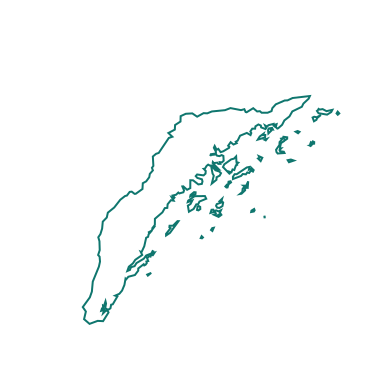 map outline of Tanintharyi (orthographic projection), rotated 231°
{"feature_id": "MMR-3279", "entity_name": "Tanintharyi", "entity_type": "Division", "adm_level": 1, "iso_a3": "MMR", "parent_name": "Myanmar", "parent_adm1": "", "projection": "orthographic", "projection_center": [98.437, 12.445], "detail": "fine", "context": "isolated", "style": "outline", "palette": "teal", "viewbox_px": 384, "rotation_deg": 231, "n_neighbors": 0, "source": "natural_earth", "source_scale": "10m", "svg_char_len": 6143}
<svg xmlns="http://www.w3.org/2000/svg" viewBox="0 0 384 384"><g transform="rotate(231 192 192)"><path d="M171.3,34.7L174.4,46.3L177.6,51.5L184.8,58.5L192.6,72.7L195.8,76.7L199.9,79.5L202.1,79.4L204.9,83.7L212.0,89.1L215.8,90.7L216.9,94.3L220.1,99.1L225.1,104.0L225.8,109.7L228.9,113.6L228.9,121.8L231.1,131.4L231.0,137.4L230.2,139.2L231.3,143.6L230.2,145.4L226.7,146.2L226.0,147.2L225.5,155.4L229.8,159.3L229.1,163.1L230.4,168.1L232.6,170.6L233.4,175.2L236.0,176.1L236.6,178.4L244.2,183.9L244.3,188.1L243.3,190.7L248.6,208.0L247.3,211.5L252.7,210.8L251.3,217.9L254.7,221.0L254.0,227.4L258.1,230.9L256.7,236.4L252.9,241.7L247.3,243.4L246.0,250.6L243.5,253.4L242.1,258.1L234.8,269.2L233.0,274.7L224.8,281.6L223.4,284.8L220.4,284.0L219.6,284.6L218.6,292.3L213.6,293.3L212.1,295.6L209.8,296.0L206.0,300.7L204.8,304.7L206.6,307.2L207.4,312.3L204.8,321.6L203.1,323.9L201.7,329.4L192.4,344.0L191.1,341.4L190.6,334.2L189.1,331.0L191.5,320.7L189.4,315.3L189.5,308.8L187.5,304.3L187.3,299.0L187.6,298.2L189.7,298.0L191.5,300.4L192.1,298.8L191.0,297.5L192.4,297.2L193.6,298.3L195.8,293.5L195.6,291.5L197.7,290.7L195.0,290.0L194.7,288.7L198.7,286.4L200.3,287.3L202.7,286.1L203.1,282.6L201.5,280.9L203.3,278.7L202.3,275.4L200.5,275.2L199.4,273.3L203.4,271.8L205.5,264.8L203.2,259.8L203.5,257.6L201.8,257.5L202.8,254.1L206.4,253.4L205.2,249.2L203.6,249.5L203.0,248.6L204.0,241.8L205.0,239.3L209.0,239.6L209.3,237.7L213.5,238.6L212.6,236.8L208.2,235.9L206.9,234.8L209.5,230.4L208.4,228.8L208.9,229.9L206.0,234.4L204.5,234.3L202.6,235.9L202.0,238.3L200.3,239.1L196.4,236.3L196.2,233.9L197.7,232.4L196.0,231.8L197.3,230.1L198.9,230.1L200.7,227.2L202.2,227.1L201.5,226.3L192.7,227.1L194.5,225.4L199.7,224.6L201.3,222.5L203.1,221.8L203.1,219.8L202.0,216.7L202.6,215.7L199.7,215.9L197.8,214.1L197.6,211.5L202.4,207.0L202.0,204.9L199.6,205.0L195.6,207.7L193.6,206.8L192.1,204.7L193.9,201.7L200.4,200.2L202.2,198.1L196.1,193.1L196.8,189.6L201.9,188.8L202.4,188.0L198.2,186.8L197.2,185.1L198.9,181.2L200.2,181.0L199.9,177.9L201.4,174.8L198.7,174.9L198.5,173.8L200.5,172.9L196.8,172.3L198.9,170.4L197.8,165.3L195.2,162.8L196.6,160.7L194.8,156.2L194.5,146.3L189.8,142.4L189.1,139.4L188.5,140.3L187.4,135.9L188.1,132.3L186.9,134.4L186.4,131.6L184.8,129.7L185.3,127.6L179.9,120.8L177.0,114.9L177.8,114.5L174.4,113.7L175.0,105.2L173.7,101.1L173.7,95.9L171.3,92.0L170.5,94.8L171.7,96.5L171.6,98.2L170.5,100.7L171.7,104.1L170.5,112.6L171.5,116.5L169.8,121.7L170.9,124.2L170.0,124.6L168.8,123.4L168.4,124.6L167.5,121.8L168.8,120.4L167.9,119.1L169.2,118.1L168.8,116.2L169.8,115.8L165.9,114.5L166.7,112.8L165.2,112.1L164.7,110.2L165.0,108.7L166.3,109.0L166.4,102.1L164.7,100.7L163.4,95.4L166.2,89.2L165.5,85.7L166.4,85.7L162.3,81.0L159.4,75.6L158.6,71.5L159.8,67.1L157.8,68.3L154.6,59.8L155.3,58.2L153.0,55.5L153.0,53.7L154.1,52.2L156.4,51.5L159.4,55.0L161.5,56.0L158.8,51.8L159.8,51.4L157.7,49.9L158.2,48.8L156.8,46.7L155.7,49.5L153.7,46.7L154.0,50.4L152.4,51.7L150.9,51.3L147.6,41.6L151.2,37.6L154.0,29.4L161.1,28.1L165.9,34.3L171.3,34.7ZM187.7,183.6L187.1,191.4L180.7,199.5L177.8,198.8L179.9,191.8L178.6,189.0L179.7,187.6L177.8,182.6L178.6,177.2L184.0,180.2L183.6,183.3L185.2,186.9L186.8,182.3L187.7,183.6ZM191.9,231.8L193.2,234.6L192.7,243.0L191.5,245.6L191.9,248.7L187.3,245.4L185.7,246.4L185.6,244.1L184.7,244.1L184.8,242.4L182.5,238.7L184.0,237.7L182.5,235.0L184.5,233.7L181.9,232.7L191.9,231.8ZM176.3,232.0L178.1,233.4L179.0,236.3L177.7,237.9L176.6,250.0L175.3,252.5L173.6,250.4L173.2,252.2L171.7,252.6L172.8,253.4L170.2,253.7L169.5,252.2L171.6,251.3L170.8,248.4L172.4,247.2L171.8,245.0L174.0,242.8L173.6,240.3L176.3,232.0ZM193.4,219.6L199.4,222.8L199.3,223.7L194.1,223.9L190.7,226.1L188.4,226.4L187.3,223.8L188.0,220.4L186.1,218.7L186.1,212.7L191.0,219.2L193.4,219.6ZM175.7,291.5L176.2,294.8L177.4,294.9L176.6,296.5L177.4,297.8L174.6,300.4L173.5,299.5L173.6,297.5L174.9,297.1L173.6,295.8L174.0,291.9L171.5,288.8L170.3,287.7L169.8,288.6L169.5,286.4L168.3,286.1L165.5,288.7L164.1,288.4L168.0,282.8L169.9,282.8L171.9,283.9L173.5,289.5L175.7,291.5ZM177.3,340.2L176.0,340.3L176.9,342.7L175.7,343.1L174.2,345.7L170.2,347.4L167.5,352.8L166.5,350.5L167.1,345.7L173.6,339.9L177.3,340.2ZM163.5,197.1L162.5,199.2L160.2,200.5L159.6,203.0L158.5,200.7L156.3,200.5L157.8,198.3L157.5,197.5L155.8,198.7L155.9,197.0L160.6,194.7L159.9,196.9L162.1,197.5L164.1,193.2L165.9,196.0L164.9,197.4L163.5,197.1ZM177.4,152.6L178.8,152.2L179.9,153.3L177.8,156.0L178.5,162.4L177.8,163.2L174.1,149.2L174.5,144.5L175.8,145.5L177.4,152.6ZM165.4,208.1L167.5,207.4L167.8,211.1L166.6,209.4L164.2,209.6L161.9,206.8L162.3,203.4L163.9,201.7L166.1,202.0L167.0,203.6L165.4,208.1ZM162.8,238.1L164.9,242.4L160.2,237.9L161.2,237.1L160.9,234.7L159.9,234.3L159.5,229.4L160.3,228.0L160.3,231.0L162.7,233.5L163.0,236.4L164.5,236.0L162.8,238.1ZM191.5,283.0L190.2,284.8L188.4,283.1L191.3,276.1L192.5,279.5L192.3,284.3L191.5,283.0ZM170.7,335.7L169.8,334.1L170.2,331.3L174.0,332.6L173.6,334.3L171.6,335.9L170.7,340.6L170.7,335.7ZM189.4,288.2L192.3,290.1L193.0,291.8L191.4,294.6L189.7,294.2L191.5,292.6L189.8,292.4L189.4,288.2ZM190.6,189.0L190.6,193.5L189.5,194.6L188.2,193.4L189.7,187.9L190.6,189.0ZM174.9,184.6L177.1,187.1L176.6,188.5L175.3,189.0L173.5,187.7L173.7,185.4L174.9,184.6ZM152.3,291.0L154.1,286.1L156.5,286.4L155.0,289.3L152.3,291.0ZM176.1,266.1L177.8,266.5L174.4,268.2L172.8,264.8L176.5,264.4L176.1,266.1ZM154.0,312.7L153.5,313.6L154.8,313.9L155.9,315.8L154.4,316.4L155.2,317.8L153.9,318.4L152.7,317.3L153.5,316.1L153.1,313.1L154.0,312.7ZM162.8,355.8L160.4,355.9L160.3,353.9L162.1,353.8L162.8,355.8ZM174.9,228.4L175.0,225.7L175.6,225.3L177.0,226.9L176.1,228.7L174.9,228.4ZM139.2,225.4L140.1,226.5L139.7,229.6L138.4,229.2L137.9,227.8L139.2,225.4ZM173.6,310.5L172.9,312.5L171.1,313.4L170.9,311.4L173.6,310.5ZM175.7,223.7L174.4,224.3L173.2,222.5L173.8,221.6L175.3,221.4L175.7,223.7ZM148.9,183.3L150.5,182.9L151.2,185.0L150.5,186.4L148.9,183.3ZM154.8,105.1L156.0,105.2L154.8,109.4L154.8,105.1ZM149.8,171.9L149.7,170.6L150.7,169.8L151.6,171.7L149.8,171.9ZM186.1,283.6L185.7,281.8L186.8,281.3L186.1,283.6ZM128.0,233.3L126.8,232.8L125.9,231.9L128.0,233.3Z" fill="none" stroke="#0f766e" stroke-width="2"/></g></svg>